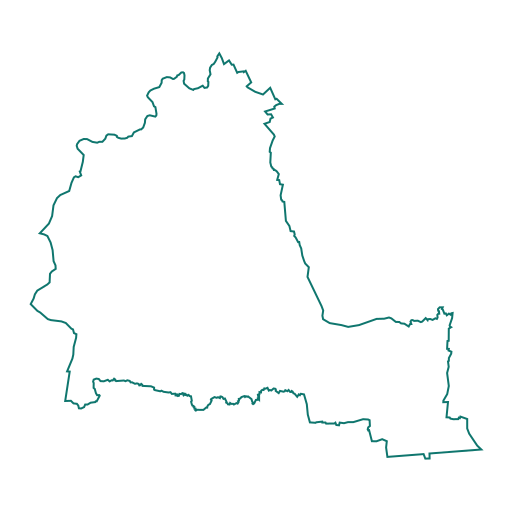 Lan Krabue, Kamphaeng Phet, Thailand
{"feature_id": "78962969B67051098696053", "entity_name": "Lan Krabue", "entity_type": "district", "adm_level": 2, "iso_a3": "THA", "parent_name": "Thailand", "parent_adm1": "Kamphaeng Phet", "projection": "natural_earth1", "projection_center": [99.863, 16.616], "detail": "fine", "context": "isolated", "style": "outline", "palette": "teal", "viewbox_px": 512, "rotation_deg": 0, "n_neighbors": 0, "source": "geoboundaries", "source_scale": "gbopen_adm2", "svg_char_len": 5972}
<svg xmlns="http://www.w3.org/2000/svg" viewBox="0 0 512 512"><path d="M219.3,53.4L217.3,56.4L217.5,57.5L215.2,61.8L213.7,64.0L211.8,65.0L210.1,67.7L209.7,70.2L210.5,74.3L207.9,78.5L207.8,81.3L208.4,81.9L208.2,85.9L207.1,87.5L204.5,87.9L202.7,85.7L198.0,88.2L194.0,89.1L193.3,89.9L189.3,88.3L184.1,83.7L183.6,80.9L184.3,79.5L184.5,75.3L184.0,73.0L183.0,72.3L181.3,72.5L178.6,75.1L177.3,75.4L176.8,76.8L174.1,78.8L173.0,79.0L170.1,77.4L166.8,77.1L162.7,78.7L161.7,80.2L161.6,82.8L159.3,87.1L154.0,88.7L150.4,90.5L148.7,92.3L147.1,95.6L147.8,97.2L152.5,102.1L154.0,106.3L155.4,107.1L156.5,113.8L156.3,115.5L155.3,116.6L149.8,115.3L147.4,116.0L145.2,119.3L144.9,122.8L143.2,127.5L141.2,129.4L140.0,129.4L133.9,132.4L131.9,136.1L128.3,136.6L127.2,137.8L124.8,138.5L121.2,138.6L118.3,137.8L116.9,136.9L116.8,135.8L114.4,134.7L108.2,134.3L106.4,135.6L105.3,138.7L102.4,141.8L99.3,141.8L97.2,142.7L92.4,141.9L87.1,139.1L83.7,139.0L79.5,140.8L77.1,144.1L76.7,145.8L77.6,148.7L83.7,155.0L82.8,161.9L80.5,171.2L79.8,171.5L81.2,175.4L78.2,177.2L75.6,176.3L73.9,177.4L71.5,182.8L69.2,191.0L60.3,195.0L57.0,198.1L53.5,205.3L52.1,216.1L48.9,223.6L39.8,233.3L44.1,234.4L47.4,236.0L50.6,242.5L52.6,250.1L53.6,261.2L55.5,265.4L55.7,268.9L51.8,271.5L50.0,273.8L49.6,282.4L47.3,284.5L37.3,290.6L34.9,294.3L33.6,298.6L30.7,304.1L37.4,310.9L40.2,312.5L47.8,319.1L50.9,320.1L61.4,321.4L65.8,323.0L71.4,328.7L73.0,329.4L74.0,333.1L76.4,334.2L76.1,337.8L73.7,346.9L73.3,354.6L72.4,358.6L67.1,371.4L69.7,371.6L65.2,401.0L70.9,400.8L73.5,403.4L76.9,403.8L78.3,405.6L78.9,408.3L81.1,408.5L84.1,407.1L85.2,404.5L87.6,404.5L90.6,402.7L95.2,402.1L95.7,401.3L96.7,401.3L99.7,395.7L99.3,395.1L97.1,395.2L95.9,393.1L94.8,389.0L93.6,387.9L93.7,383.0L93.1,381.7L93.7,379.6L96.3,378.6L98.8,379.0L100.5,381.1L103.8,381.3L107.8,379.8L109.6,381.4L111.6,380.3L112.7,380.5L114.1,378.7L115.3,379.6L115.2,380.5L116.1,381.1L123.9,380.5L125.5,381.2L127.3,380.3L129.7,380.9L130.6,382.4L132.0,382.3L135.0,383.8L136.9,383.4L138.6,383.9L139.3,385.4L140.0,385.3L141.2,383.9L142.2,384.7L142.5,385.9L151.0,386.3L154.1,387.6L154.1,389.6L154.9,390.1L160.3,391.3L161.4,390.7L163.6,391.8L168.6,392.5L170.5,392.2L171.8,393.9L175.5,393.7L176.0,394.2L175.6,395.4L176.8,395.6L177.4,394.9L177.9,396.0L178.9,395.8L179.4,393.9L181.1,394.1L182.4,393.1L183.8,393.5L183.3,394.8L183.6,395.4L185.5,394.1L185.8,395.0L186.7,394.9L187.3,395.7L188.6,394.9L189.6,396.1L191.0,396.3L191.8,400.8L191.1,401.7L191.8,404.3L192.4,405.6L193.5,405.9L193.6,406.9L194.4,407.0L194.4,408.6L195.5,408.7L195.3,410.3L195.8,410.6L197.0,409.8L203.4,409.9L206.1,407.6L207.2,407.6L207.3,406.5L208.4,404.8L209.9,404.1L211.4,401.1L211.6,400.4L210.9,399.7L211.2,399.0L214.5,397.1L216.7,397.8L218.0,397.2L219.9,398.1L220.3,396.5L220.8,396.4L222.4,397.1L223.5,398.9L224.9,398.5L226.5,401.8L226.2,402.6L227.5,403.3L227.9,404.3L229.5,404.5L230.1,403.0L231.3,403.9L233.3,403.9L233.9,404.5L236.5,403.1L237.6,403.6L238.5,402.2L238.0,401.2L239.0,400.6L238.8,398.9L240.3,398.5L241.4,397.1L244.3,396.1L245.0,397.0L245.9,396.2L247.2,396.8L248.0,396.4L251.5,399.1L252.2,401.7L253.1,402.6L252.5,403.6L253.1,404.1L254.2,403.4L255.9,399.9L258.0,399.8L257.8,398.3L258.4,398.2L259.1,399.2L259.1,396.0L258.2,396.2L257.9,394.7L259.5,394.0L259.5,392.1L261.0,392.4L261.2,390.7L262.4,389.8L263.6,390.0L264.3,388.4L265.5,388.7L267.5,387.8L268.8,390.6L269.9,390.0L271.3,390.5L273.6,388.5L275.1,388.7L275.8,389.3L275.7,390.9L278.7,393.1L280.0,390.9L283.5,391.7L284.7,391.3L285.3,390.2L287.4,391.2L288.6,390.0L290.1,391.9L291.1,392.0L291.7,391.0L292.6,391.6L293.4,393.3L294.6,393.7L297.2,396.8L298.8,394.4L299.9,395.2L300.8,393.8L304.0,394.4L306.8,404.2L307.8,414.6L309.9,422.4L315.6,422.8L316.2,422.3L322.2,421.6L322.3,422.5L325.5,422.5L326.1,423.6L334.4,423.5L335.4,422.7L336.3,425.0L339.0,425.3L339.7,422.6L344.0,423.2L348.1,422.1L353.4,422.1L363.1,419.2L368.1,419.5L369.6,420.2L369.9,426.0L368.2,427.4L367.7,429.4L368.3,430.5L369.1,430.2L371.9,441.2L376.4,441.3L382.2,439.2L386.8,441.2L386.1,447.5L387.4,456.9L423.6,454.1L425.3,458.6L429.6,458.5L429.5,453.5L481.3,449.5L477.2,445.6L469.2,433.7L467.2,428.5L467.2,419.0L460.4,416.6L459.9,418.1L458.8,417.7L458.3,419.1L453.3,419.2L450.4,418.6L449.7,417.5L446.5,417.3L448.0,402.0L443.3,402.2L443.4,400.6L447.2,394.1L448.8,386.0L447.1,373.0L448.7,366.8L448.0,361.4L448.8,360.9L448.9,358.0L451.2,353.7L451.4,351.7L448.5,350.5L448.8,348.9L447.1,348.8L447.2,346.7L447.5,341.0L448.7,340.8L448.8,328.6L451.1,327.2L450.0,326.5L449.6,325.4L452.1,318.1L452.6,313.0L451.3,313.3L450.6,314.7L448.9,313.6L446.8,315.3L445.8,313.4L444.4,313.7L442.8,309.6L441.9,309.0L442.7,307.3L439.7,307.3L438.0,309.1L438.2,310.8L439.0,311.2L439.2,313.6L438.5,313.5L437.3,314.9L437.6,317.5L436.9,318.9L435.4,318.3L432.6,319.9L430.2,319.0L427.9,319.2L427.6,320.2L425.7,318.1L422.2,321.6L420.8,322.1L417.8,320.7L414.1,320.9L412.7,320.1L411.4,320.2L410.5,321.6L411.3,324.0L410.0,324.1L408.7,326.5L404.4,323.7L401.1,323.4L399.3,322.0L395.8,321.9L391.4,318.4L389.0,317.5L384.2,318.7L376.6,318.9L359.0,325.1L348.2,326.9L341.5,325.1L329.7,323.1L323.1,319.2L322.4,315.7L323.2,310.5L321.5,306.0L307.5,276.9L308.8,267.2L305.2,263.5L304.1,260.9L302.3,255.5L301.2,248.4L299.7,245.1L299.2,242.0L298.1,242.1L295.6,237.4L294.2,235.9L294.7,234.4L294.0,231.5L290.6,231.1L289.4,226.0L285.9,220.9L284.3,201.9L282.5,201.5L282.1,200.3L281.2,199.7L280.6,195.3L282.9,184.7L280.0,184.2L279.2,180.1L277.2,179.9L278.8,174.1L276.8,171.4L275.3,170.2L273.9,170.0L273.8,169.1L272.5,168.4L272.4,167.5L271.3,166.6L270.3,162.5L270.8,152.7L269.7,151.8L270.0,148.1L272.7,140.4L274.7,136.5L273.9,134.6L264.5,123.8L269.7,122.0L270.5,118.6L272.9,117.5L271.1,114.3L267.6,114.5L265.1,111.5L274.7,108.5L274.3,106.6L276.2,105.1L279.2,103.9L281.8,103.9L276.6,98.8L275.3,99.3L270.2,87.8L263.0,94.5L255.2,91.8L247.5,87.3L246.7,86.3L251.2,82.4L245.7,70.8L243.8,72.1L243.5,71.4L238.4,72.0L237.2,72.8L233.5,64.6L231.7,64.7L229.0,60.4L224.0,64.1L221.8,58.1L219.3,53.4Z" fill="none" stroke="#0f766e" stroke-width="2"/></svg>